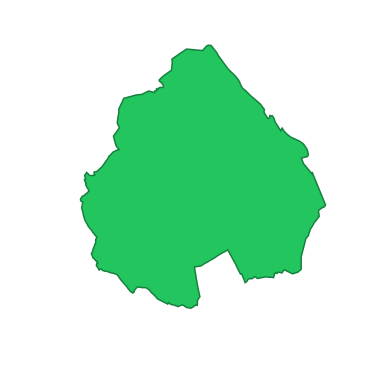 outline of Åseral nor, Vest-Agder, Norway, rotated 58°
{"feature_id": "86288312B2212467057349", "entity_name": "Åseral nor", "entity_type": "district", "adm_level": 2, "iso_a3": "NOR", "parent_name": "Norway", "parent_adm1": "Vest-Agder", "projection": "robinson", "projection_center": [7.403, 58.684], "detail": "fine", "context": "isolated", "style": "filled", "palette": "green", "viewbox_px": 384, "rotation_deg": 58, "n_neighbors": 0, "source": "geoboundaries", "source_scale": "gbopen_adm2", "svg_char_len": 5730}
<svg xmlns="http://www.w3.org/2000/svg" viewBox="0 0 384 384"><g transform="rotate(58 192 192)"><path d="M306.1,163.0L305.9,162.9L305.5,162.2L305.7,161.4L306.7,160.2L306.9,160.0L308.0,158.9L308.3,158.5L307.2,156.3L306.9,155.0L314.7,150.0L316.1,144.7L315.4,140.4L304.9,133.8L296.1,124.6L295.1,123.6L294.9,123.3L294.7,123.2L291.9,120.2L290.7,116.4L288.6,114.3L287.5,112.7L286.4,111.7L284.5,107.6L283.2,105.4L282.6,104.3L281.9,101.7L281.0,99.5L280.5,98.8L280.3,97.2L277.9,96.0L276.5,95.5L275.2,94.8L274.5,93.6L274.5,91.6L274.3,90.7L274.4,89.7L274.7,88.0L274.5,86.8L273.7,85.6L239.3,79.7L239.2,79.8L239.2,80.0L239.4,80.2L240.2,80.2L240.3,80.2L240.2,80.4L240.2,80.5L240.3,80.6L227.1,82.4L221.3,81.3L221.6,80.3L221.6,80.1L223.1,75.3L222.1,73.6L218.0,72.1L216.0,71.8L210.7,72.0L209.0,72.5L205.8,73.9L197.6,79.3L192.9,80.9L189.1,81.7L185.6,81.7L187.0,84.3L176.9,84.4L172.9,83.4L169.7,83.6L169.7,83.8L169.7,84.0L169.8,84.2L169.8,84.3L169.7,84.6L169.5,84.9L169.4,84.9L168.9,85.0L168.7,85.0L168.4,85.3L168.5,85.4L168.8,85.7L169.7,86.4L169.9,86.8L170.0,87.1L170.2,87.7L170.2,88.2L170.1,88.4L169.5,88.7L163.0,88.8L160.9,87.7L160.9,87.2L160.4,86.9L158.4,87.0L157.5,87.2L155.2,87.3L153.3,87.5L141.3,91.3L134.2,92.9L131.3,94.0L130.8,94.1L126.8,94.0L124.5,93.4L121.1,93.2L120.3,93.3L116.5,93.8L115.3,94.1L107.8,96.0L107.0,96.1L104.0,96.4L99.9,96.7L90.1,97.4L87.0,97.1L77.8,98.2L76.2,100.4L75.9,101.8L76.8,105.2L77.6,108.1L73.2,114.0L71.7,115.9L67.9,120.9L68.1,125.4L68.1,126.9L68.1,128.1L68.5,135.4L68.5,136.4L68.6,137.3L68.6,138.5L70.4,139.5L72.0,140.2L74.1,142.0L76.1,143.5L77.0,144.2L77.9,145.0L78.0,147.9L78.3,153.3L78.5,154.5L78.8,156.8L79.1,158.1L79.4,159.6L79.5,159.8L79.5,160.0L79.6,160.4L79.7,160.5L79.9,160.7L80.3,160.8L80.6,160.8L80.9,160.8L81.1,160.6L81.6,160.6L82.4,160.4L82.9,160.0L83.0,159.8L83.3,159.9L83.8,159.9L84.4,160.0L85.4,159.8L85.9,159.8L86.5,159.9L87.1,160.1L87.4,160.3L87.8,160.6L87.9,160.9L88.0,161.1L88.0,161.4L87.8,161.6L87.7,161.7L87.3,162.1L87.2,162.4L86.9,162.8L86.7,163.2L86.6,163.4L86.4,163.8L86.2,164.4L86.2,164.7L86.3,164.9L86.5,165.3L86.7,165.6L86.9,166.1L86.9,166.4L86.7,166.8L85.8,166.9L85.6,167.0L85.7,167.4L85.8,167.6L86.7,167.7L86.8,167.8L87.0,167.8L87.0,168.5L86.9,169.2L86.8,169.9L86.8,170.0L86.7,170.1L86.9,170.3L87.1,170.5L87.7,170.7L87.7,170.8L87.7,171.1L83.4,175.2L82.6,182.8L80.1,188.1L79.5,189.8L79.4,190.6L79.2,191.1L76.4,200.2L80.6,206.5L82.2,209.2L82.5,209.7L86.7,212.6L89.8,215.6L93.8,218.8L99.1,219.6L99.5,220.5L103.0,229.0L108.7,230.8L112.9,231.9L117.4,231.4L116.8,233.3L116.3,237.8L117.5,242.0L117.7,243.6L117.9,243.9L118.9,245.2L120.3,248.8L122.9,254.9L123.3,257.5L124.1,260.9L124.1,261.7L124.1,262.7L123.1,264.2L123.5,264.8L126.1,265.6L125.6,266.4L125.5,267.0L124.4,269.2L123.5,270.2L121.1,270.5L120.4,270.8L119.6,270.9L120.9,274.1L121.6,274.5L123.0,274.9L124.0,275.1L124.4,275.2L124.6,276.1L124.4,276.6L126.3,277.1L127.8,276.9L128.1,277.1L128.2,277.3L128.1,277.5L129.2,277.9L129.3,277.9L129.4,278.1L130.1,278.4L130.3,278.4L131.1,278.5L136.6,278.7L136.9,280.3L137.3,281.9L137.6,285.0L137.8,285.4L138.0,286.1L137.4,287.1L138.1,288.7L139.0,290.4L140.5,291.1L142.6,290.0L142.9,290.2L147.0,294.0L151.0,295.1L154.1,296.4L160.2,297.9L163.6,297.9L164.0,297.9L164.8,298.0L165.3,298.1L165.6,298.2L168.1,298.0L168.6,297.8L169.4,297.8L170.5,297.5L171.1,297.5L173.2,297.5L173.5,297.6L175.1,297.3L177.2,297.1L180.1,296.6L180.3,297.0L181.0,298.4L181.2,298.7L181.5,299.0L182.4,299.6L183.0,299.9L183.3,300.1L183.7,300.4L183.9,300.6L187.1,304.9L188.1,306.2L190.0,308.3L191.0,310.0L194.6,310.7L195.7,310.8L196.5,310.5L196.7,310.3L196.9,310.2L197.4,310.1L197.7,310.2L198.3,310.2L199.9,309.8L200.6,309.7L200.6,309.4L201.1,309.3L201.8,309.3L202.0,309.4L202.1,309.6L202.7,310.1L202.7,310.3L202.5,310.5L202.2,310.7L202.3,310.9L203.2,311.6L203.7,312.1L204.0,312.2L205.4,311.9L205.9,311.9L206.2,312.0L207.4,312.0L207.8,312.1L208.0,312.1L209.0,312.0L208.7,311.4L208.7,311.2L208.7,310.4L209.7,309.8L210.8,309.4L211.6,309.0L212.6,308.2L212.8,308.0L213.3,307.3L213.6,306.9L214.4,306.1L217.3,303.8L217.6,303.5L218.4,302.7L218.8,302.2L219.9,301.2L220.7,300.4L222.7,299.2L225.1,299.1L227.5,299.0L228.0,299.0L229.2,298.9L231.9,298.4L235.9,297.8L237.5,297.5L240.3,297.4L241.5,297.2L241.9,297.2L243.0,297.0L243.7,296.8L244.1,296.8L245.1,296.3L245.1,296.2L246.3,295.8L246.3,295.5L246.1,294.2L245.7,293.7L245.1,293.1L245.0,292.9L244.3,291.2L243.6,288.6L246.7,284.9L248.7,281.7L252.9,279.9L253.1,280.0L253.3,279.9L253.7,280.0L253.9,280.0L254.1,280.0L254.7,280.0L260.0,278.6L264.6,277.8L266.1,276.9L274.2,272.0L273.7,271.3L273.5,270.8L273.3,270.5L274.0,270.2L274.6,270.2L275.9,269.5L277.1,268.7L277.9,267.5L278.2,267.1L279.4,266.4L281.9,264.4L281.9,263.2L282.6,260.3L282.9,259.5L284.9,258.8L287.3,257.6L288.0,256.7L288.6,256.2L289.2,255.3L289.8,254.8L290.1,252.9L289.8,248.7L290.9,247.7L286.5,244.4L285.0,240.8L277.4,238.1L271.5,235.8L256.9,229.7L257.0,229.2L258.0,227.0L259.0,224.6L259.4,223.7L259.4,218.7L259.4,217.9L259.5,216.4L259.6,214.8L259.6,213.6L259.6,212.5L259.7,211.4L259.7,210.9L259.8,207.0L259.6,204.8L259.6,202.9L259.7,198.2L260.0,195.8L259.9,194.9L260.0,192.9L260.0,192.3L271.3,193.0L275.7,193.2L281.6,193.9L287.3,194.4L287.5,194.2L287.9,193.1L288.4,193.1L289.7,193.6L291.1,193.9L292.8,194.1L297.0,195.0L297.1,194.4L296.8,192.5L296.1,191.5L295.7,190.0L295.9,189.6L296.1,188.7L297.0,187.9L297.0,187.2L297.1,186.9L297.5,186.3L297.3,185.8L297.0,184.2L297.7,183.1L300.0,182.4L300.1,182.2L300.3,181.6L300.6,180.8L300.7,180.5L301.0,180.0L301.3,179.0L302.1,176.9L303.1,174.3L305.0,172.0L305.7,171.0L306.1,170.4L306.9,169.2L307.8,168.3L307.4,168.0L307.3,167.7L306.3,166.4L305.8,166.0L304.9,165.5L304.9,165.0L304.7,164.5L305.2,164.0L305.5,163.7L306.1,163.0Z" fill="#22c55e" stroke="#15803d" stroke-width="1.5"/></g></svg>